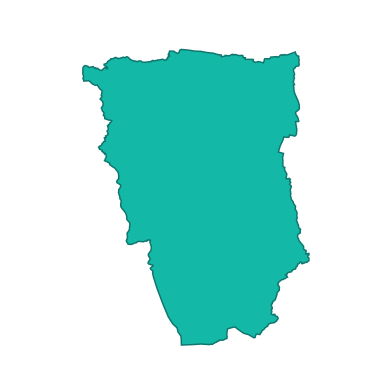 Lam Thap, Nakhon Si Thammarat, Thailand (orthographic projection), rotated 8°
{"feature_id": "78962969B74032961244175", "entity_name": "Lam Thap", "entity_type": "district", "adm_level": 2, "iso_a3": "THA", "parent_name": "Thailand", "parent_adm1": "Nakhon Si Thammarat", "projection": "orthographic", "projection_center": [99.32, 8.036], "detail": "fine", "context": "isolated", "style": "filled", "palette": "teal", "viewbox_px": 384, "rotation_deg": 8, "n_neighbors": 0, "source": "geoboundaries", "source_scale": "gbopen_adm2", "svg_char_len": 5901}
<svg xmlns="http://www.w3.org/2000/svg" viewBox="0 0 384 384"><g transform="rotate(8 192 192)"><path d="M284.4,87.2L280.0,80.1L278.8,77.2L278.3,74.3L277.5,72.7L278.6,71.4L276.9,68.9L277.3,67.5L277.2,66.1L277.6,64.9L276.6,63.4L277.2,61.9L277.1,60.9L275.7,58.0L275.5,56.2L277.0,54.5L277.3,53.2L280.1,52.3L280.4,50.8L279.7,48.2L279.7,45.9L278.7,44.2L279.0,43.1L278.7,42.6L277.3,42.4L276.0,41.5L274.8,39.0L267.2,43.1L264.1,43.1L263.9,43.9L262.3,44.0L262.2,43.6L260.5,44.1L258.9,46.5L258.1,46.5L257.4,46.1L251.1,47.5L250.6,49.2L245.3,50.0L245.2,52.1L244.7,54.1L239.4,53.6L237.1,54.8L236.5,54.8L234.2,53.9L234.3,52.3L234.0,52.2L226.1,53.2L226.1,51.6L223.8,51.7L223.5,50.1L222.8,49.7L219.3,50.4L216.3,49.8L215.4,50.2L214.7,49.9L213.9,50.6L212.8,50.0L209.9,52.0L205.8,52.1L205.7,52.9L202.3,54.0L202.0,52.3L198.0,52.3L194.1,51.6L187.3,51.8L181.3,51.5L175.1,52.1L169.7,52.0L161.4,52.3L160.1,53.3L159.9,54.0L159.9,55.4L158.7,56.8L155.3,55.7L154.6,55.1L150.2,55.6L150.0,57.0L149.3,59.3L149.5,59.6L149.9,59.0L150.2,59.0L150.3,59.9L150.9,60.4L150.2,60.7L149.5,61.6L149.1,62.2L149.5,62.6L148.9,63.2L148.9,63.9L148.3,64.4L148.0,64.3L147.6,65.3L146.7,65.3L144.5,64.6L140.6,66.0L139.8,65.9L139.0,66.7L137.6,66.8L136.0,67.6L135.0,67.1L134.2,67.5L133.7,68.5L132.7,68.5L131.7,69.0L130.6,69.1L129.6,69.7L128.0,69.8L126.6,70.3L124.7,70.3L123.6,69.5L121.3,69.5L120.2,70.4L119.2,70.5L118.1,70.2L117.5,70.4L117.2,70.2L115.9,70.5L115.4,70.0L114.5,70.1L112.6,69.3L109.6,67.3L108.5,67.1L106.8,68.4L105.5,68.0L100.8,70.1L99.8,70.0L98.8,69.5L97.1,69.5L95.9,70.5L94.4,71.3L93.2,71.3L92.9,72.2L90.3,74.5L89.6,76.5L87.1,77.8L87.4,78.6L88.1,79.1L90.7,80.1L91.2,81.1L91.0,81.8L90.4,81.8L89.3,80.9L88.3,81.0L85.5,84.2L83.4,84.0L82.0,83.0L80.9,82.7L79.9,83.3L79.3,82.4L78.1,82.8L76.7,81.6L72.6,83.0L72.1,82.8L71.4,82.0L68.4,81.7L67.4,82.6L66.7,84.2L67.4,90.0L68.4,92.1L68.5,94.0L68.2,95.0L69.0,95.7L69.4,97.2L74.3,96.2L75.9,97.0L77.7,98.5L80.5,99.6L81.8,99.7L83.3,99.2L86.1,102.5L88.9,104.3L88.9,107.5L88.6,108.7L89.6,109.7L88.1,112.8L90.6,114.5L91.7,116.7L91.8,118.8L90.7,120.9L90.6,121.8L91.5,123.0L92.1,124.5L93.7,125.6L93.9,126.9L93.5,128.3L95.1,129.6L95.4,131.5L99.1,132.3L101.3,132.3L102.6,132.5L102.1,134.1L101.2,134.6L100.6,136.7L99.8,137.0L99.9,138.6L99.3,138.5L100.3,140.9L100.2,142.4L99.5,143.1L99.5,144.0L100.8,145.1L100.5,145.7L100.8,147.1L98.6,148.6L99.4,149.8L97.7,150.4L98.0,151.2L98.6,151.8L98.4,152.2L99.0,153.9L97.6,154.4L96.9,155.9L96.2,156.5L96.1,157.5L95.3,158.9L93.9,159.6L93.3,160.6L94.1,161.3L94.0,161.9L94.4,162.1L94.6,162.6L96.9,163.0L97.6,164.0L97.3,164.4L97.9,164.8L99.2,164.9L99.5,165.9L100.4,165.7L100.4,166.2L100.8,166.0L101.2,166.3L101.0,166.9L101.7,167.1L102.3,169.4L101.5,171.1L101.5,172.1L101.0,173.1L102.3,173.7L104.1,173.8L104.5,174.3L106.3,174.7L106.6,176.2L109.3,177.8L112.4,179.2L115.7,182.4L116.4,183.5L117.0,185.5L117.6,188.9L116.2,191.2L116.0,192.5L116.6,193.3L120.0,194.8L120.7,195.6L120.1,198.1L119.2,199.6L119.3,202.8L121.3,207.2L121.6,208.8L123.1,210.3L123.2,214.7L123.6,216.3L124.2,217.2L129.2,222.0L130.7,225.0L131.4,228.4L134.5,231.1L134.9,231.9L135.2,237.9L134.8,239.2L133.4,241.9L134.3,245.3L134.3,247.5L133.7,249.0L134.0,250.0L136.0,252.6L138.9,252.4L140.3,251.9L142.1,250.5L143.6,250.2L145.2,248.7L146.2,248.3L151.0,248.0L152.2,247.1L154.1,247.0L154.8,245.5L155.9,245.7L156.6,245.4L157.6,245.5L157.2,247.3L159.2,251.5L159.6,253.2L159.3,256.1L157.7,258.9L157.4,260.0L157.8,261.4L159.7,263.5L159.7,264.7L158.4,267.6L158.4,268.6L159.3,269.4L163.6,270.0L163.7,270.6L161.4,273.1L161.4,273.6L162.1,274.4L164.2,275.7L164.2,277.4L165.3,280.7L170.5,291.7L178.9,307.2L185.9,318.9L188.5,322.1L191.5,325.4L196.1,328.6L197.7,332.7L200.9,336.0L201.7,338.4L202.8,345.0L213.4,343.1L222.0,341.3L230.2,340.7L232.0,340.1L233.2,340.1L236.3,337.6L237.2,337.4L237.8,336.4L239.4,335.7L239.5,335.1L243.8,334.2L245.3,333.0L246.9,332.2L247.0,331.0L246.3,328.4L246.1,325.5L246.3,322.5L251.8,320.1L253.6,319.7L256.3,321.4L262.8,324.7L268.0,325.4L273.4,327.7L274.2,327.6L274.9,327.0L274.8,326.0L275.4,323.9L276.2,323.6L279.1,323.7L279.2,323.0L279.7,322.5L279.7,321.6L280.5,320.7L280.4,319.8L282.2,318.2L283.5,316.0L285.5,314.4L286.3,312.1L288.2,311.0L291.7,309.9L293.5,308.2L293.7,307.2L294.6,306.5L294.5,305.8L294.9,305.0L293.8,303.4L291.3,303.0L291.1,301.6L290.1,301.7L289.2,302.4L287.5,301.8L287.7,299.0L286.7,298.1L286.8,297.2L287.6,296.8L287.7,295.8L286.5,293.5L286.2,292.1L287.1,291.4L287.0,290.2L287.5,289.6L287.5,288.9L288.3,288.5L288.6,287.5L289.4,287.2L290.4,281.5L290.2,279.9L291.3,278.5L291.4,277.7L292.1,277.2L291.8,274.0L289.8,271.7L290.2,270.5L290.0,269.7L293.2,266.1L294.4,266.1L295.3,265.0L296.1,264.9L297.3,263.6L298.4,263.0L297.8,262.1L296.1,261.1L297.3,260.5L298.2,258.4L301.5,257.2L302.8,254.8L305.3,253.8L305.5,251.6L306.5,250.9L306.7,248.7L307.3,248.5L308.0,247.9L308.6,247.1L308.7,246.4L310.4,246.5L310.6,247.6L311.3,247.6L313.4,246.5L313.9,245.9L315.1,245.8L315.8,245.4L316.0,244.9L317.3,243.9L317.0,241.2L315.9,240.3L315.5,239.5L315.6,238.4L316.6,238.0L316.3,236.6L313.2,237.4L313.2,234.1L311.3,233.5L310.4,232.9L310.1,230.3L305.0,225.5L302.7,221.5L302.6,220.4L302.9,219.1L304.9,217.5L304.5,215.4L304.7,213.8L302.6,212.4L301.9,210.0L299.3,205.3L299.8,203.1L299.0,200.5L299.0,198.5L298.4,196.8L296.6,194.7L296.5,191.6L294.7,190.0L293.4,187.5L291.4,185.5L290.4,182.6L289.9,181.8L290.1,180.1L289.0,176.2L289.6,173.0L289.2,171.9L287.6,171.0L287.7,170.1L288.4,169.0L288.2,168.4L287.1,167.8L287.1,167.2L287.7,166.3L287.6,165.7L286.4,165.0L284.3,165.7L283.3,165.6L283.4,161.0L280.8,157.6L280.4,156.7L280.5,154.8L279.5,154.5L278.4,153.8L277.6,147.9L276.9,145.6L277.3,141.1L272.0,140.4L272.8,134.5L274.9,127.6L275.1,124.8L279.7,124.5L280.5,123.9L280.7,121.9L286.0,122.3L286.4,122.1L287.3,120.6L287.1,115.6L284.7,107.9L287.6,107.4L287.9,107.0L286.4,103.5L283.9,100.4L283.5,99.2L283.8,98.2L286.1,95.9L286.7,94.7L286.1,90.8L284.4,87.2Z" fill="#14b8a6" stroke="#0f766e" stroke-width="1.5"/></g></svg>